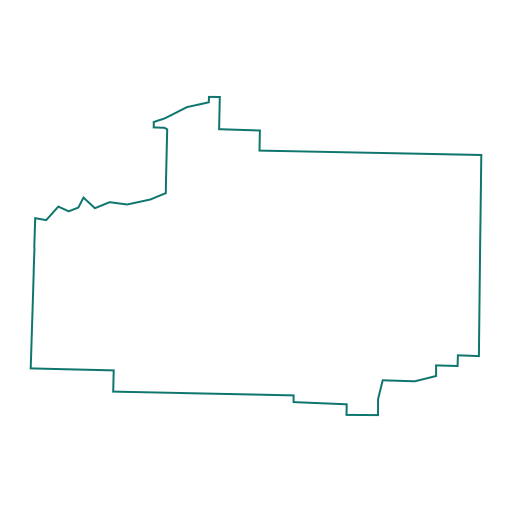 Scott, Arkansas, United States of America (Albers equal-area conic projection)
{"feature_id": "52423323B55243158693426", "entity_name": "Scott", "entity_type": "district", "adm_level": 2, "iso_a3": "USA", "parent_name": "United States of America", "parent_adm1": "Arkansas", "projection": "albers", "projection_center": [-94.153, 34.883], "detail": "fine", "context": "isolated", "style": "outline", "palette": "teal", "viewbox_px": 512, "rotation_deg": 0, "n_neighbors": 0, "source": "geoboundaries", "source_scale": "gbopen_adm2", "svg_char_len": 745}
<svg xmlns="http://www.w3.org/2000/svg" viewBox="0 0 512 512"><path d="M478.9,356.1L480.2,239.0L480.5,219.3L481.3,155.0L259.5,150.6L259.9,130.5L219.1,129.2L219.8,97.0L209.0,96.9L208.8,102.3L187.0,107.1L164.7,118.4L153.7,122.0L153.8,123.3L153.7,127.4L164.5,127.8L167.2,129.4L166.0,180.4L165.8,193.1L150.4,199.5L127.1,204.5L109.6,202.2L94.9,208.2L83.5,197.6L78.3,207.6L68.7,211.3L58.3,206.6L46.2,220.1L35.2,218.2L34.3,246.1L34.4,247.4L34.4,250.0L34.0,261.2L33.7,271.4L33.7,273.3L33.6,275.7L33.0,296.1L30.7,368.4L113.7,370.4L113.2,391.6L293.6,395.4L293.6,402.1L346.7,404.3L346.5,414.9L378.0,415.1L378.1,399.0L382.7,380.3L414.8,381.3L436.1,376.0L436.1,365.4L457.6,366.0L457.9,355.3L478.9,356.1Z" fill="none" stroke="#0f766e" stroke-width="2"/></svg>